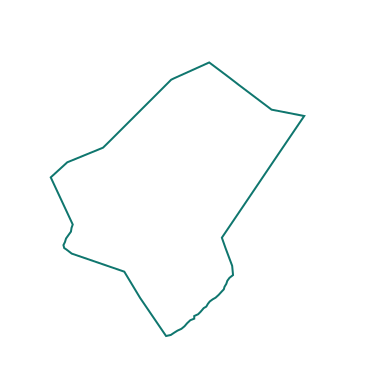 Soledade, Paraíba, Brazil (Equal Earth projection), rotated 52°
{"feature_id": "56859067B64249841036450", "entity_name": "Soledade", "entity_type": "district", "adm_level": 2, "iso_a3": "BRA", "parent_name": "Brazil", "parent_adm1": "Paraíba", "projection": "equal_earth", "projection_center": [-36.314, -7.087], "detail": "fine", "context": "isolated", "style": "outline", "palette": "teal", "viewbox_px": 384, "rotation_deg": 52, "n_neighbors": 0, "source": "geoboundaries", "source_scale": "gbopen_adm2", "svg_char_len": 827}
<svg xmlns="http://www.w3.org/2000/svg" viewBox="0 0 384 384"><g transform="rotate(52 192 192)"><path d="M289.5,301.1L291.6,296.7L291.9,292.7L292.3,288.8L293.3,284.6L293.2,280.6L292.4,276.6L292.0,272.2L293.2,268.2L291.1,266.6L292.1,262.4L291.7,259.1L290.7,254.3L291.1,251.3L289.9,248.3L289.2,245.4L289.3,241.8L289.8,238.5L289.5,234.4L288.7,229.7L288.3,226.9L286.7,224.7L285.5,221.5L283.7,218.8L282.7,215.2L282.7,210.8L274.9,205.8L256.8,200.1L246.4,196.6L231.2,149.6L215.3,100.6L201.2,56.8L176.1,78.6L136.8,89.1L125.0,92.1L100.5,98.7L91.3,136.4L90.7,139.3L94.5,170.3L101.5,227.7L102.3,234.8L91.8,272.0L93.5,294.3L144.2,306.0L146.1,309.0L148.7,311.8L149.9,315.9L151.1,319.9L153.2,322.9L154.7,326.0L157.5,327.2L159.9,326.4L166.5,324.7L213.1,294.4L243.5,298.1L289.5,301.1Z" fill="none" stroke="#0f766e" stroke-width="2"/></g></svg>